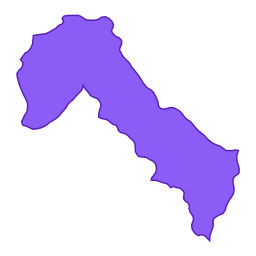 Jenipapo de Minas, Minas Gerais, Brazil
{"feature_id": "56859067B49665349666776", "entity_name": "Jenipapo de Minas", "entity_type": "district", "adm_level": 2, "iso_a3": "BRA", "parent_name": "Brazil", "parent_adm1": "Minas Gerais", "projection": "albers", "projection_center": [-42.212, -17.187], "detail": "fine", "context": "isolated", "style": "filled", "palette": "violet", "viewbox_px": 256, "rotation_deg": 0, "n_neighbors": 0, "source": "geoboundaries", "source_scale": "gbopen_adm2", "svg_char_len": 2817}
<svg xmlns="http://www.w3.org/2000/svg" viewBox="0 0 256 256"><path d="M109.1,18.6L105.4,16.7L101.4,17.3L97.9,19.6L94.1,20.3L90.6,20.3L86.0,19.8L83.0,17.9L81.0,16.5L78.5,15.4L74.2,15.4L70.6,15.4L66.9,15.5L63.9,16.2L62.2,18.5L63.5,21.8L62.2,24.0L59.4,25.0L57.3,26.8L55.3,28.7L52.4,30.1L49.1,32.2L45.8,33.8L42.9,34.1L39.9,34.5L36.1,35.0L33.4,35.6L33.0,39.4L32.5,44.2L30.8,48.1L28.3,51.3L25.0,53.2L22.4,56.9L20.4,59.5L22.7,62.2L22.8,65.3L21.1,68.4L18.8,70.6L16.9,73.6L17.3,77.1L18.2,80.2L19.0,83.6L20.5,87.4L22.4,91.9L23.9,95.3L25.4,98.1L26.4,100.4L27.6,103.4L27.6,106.2L27.3,110.5L26.3,112.9L24.6,115.3L23.1,118.6L21.6,121.7L22.9,125.2L26.7,126.3L30.2,128.0L33.0,129.2L37.2,128.8L41.0,127.8L44.5,126.2L47.6,124.3L49.8,122.2L53.1,120.4L56.3,118.3L59.1,115.9L61.5,112.8L63.7,110.5L66.1,107.6L67.4,105.0L69.5,102.5L73.0,99.7L75.8,96.2L78.3,93.7L80.7,91.3L82.3,88.8L83.2,85.5L85.2,88.7L88.3,92.3L90.4,95.5L93.5,97.2L97.2,98.5L99.9,101.3L100.8,104.1L100.8,106.8L99.6,110.1L98.8,113.8L98.7,117.2L102.0,118.6L106.0,119.3L108.7,120.7L110.8,122.7L113.1,124.4L115.9,125.1L117.4,127.4L118.5,130.6L120.4,132.4L123.3,133.1L126.4,134.2L128.2,135.9L129.9,137.8L132.0,139.5L134.1,141.9L135.1,144.7L135.3,148.1L135.4,151.5L136.8,154.3L138.6,156.3L141.1,156.9L146.2,157.3L149.4,159.4L152.7,160.9L155.4,163.4L156.3,166.8L156.4,170.2L155.4,172.9L153.6,175.5L151.8,177.7L151.2,180.1L154.9,180.3L157.6,180.8L160.5,181.9L164.2,183.0L167.1,183.8L168.9,185.4L170.7,187.6L173.6,186.5L177.1,187.7L180.4,188.3L182.5,190.2L184.3,192.7L183.8,195.8L183.6,198.9L185.7,201.4L188.5,203.3L189.4,205.7L189.0,208.5L190.0,211.9L192.0,214.7L193.3,217.1L193.4,220.2L191.7,224.8L192.0,228.5L193.4,231.2L195.2,233.5L198.2,235.6L201.7,234.5L205.1,236.0L207.6,238.5L209.6,240.6L209.8,236.9L210.7,233.0L212.1,229.4L213.4,225.4L212.9,221.1L214.0,218.4L216.7,216.4L219.7,214.8L223.1,213.3L225.3,209.9L226.1,206.5L227.4,203.7L228.9,200.7L231.3,197.2L233.3,193.8L234.0,190.8L233.9,187.3L233.1,183.5L233.0,181.0L233.3,178.3L235.1,176.0L237.3,174.6L239.0,172.8L239.1,168.3L238.0,164.5L236.8,160.3L236.8,155.1L238.4,150.5L235.2,150.0L232.1,150.6L226.0,150.6L223.0,148.2L220.1,146.2L217.4,145.2L214.5,144.1L211.7,142.5L208.7,140.1L206.3,137.8L204.5,135.6L201.7,133.4L197.9,130.3L194.9,127.0L192.8,124.3L190.4,121.5L187.4,119.7L185.1,117.8L183.0,114.9L180.9,112.3L178.7,110.5L176.0,108.9L173.0,107.6L170.1,107.6L166.2,108.7L163.0,109.2L160.5,108.4L158.5,106.1L157.9,101.8L156.3,97.7L154.6,94.4L152.8,91.5L150.1,89.5L147.3,87.8L145.3,85.7L142.8,82.4L140.8,79.0L138.8,75.9L137.2,73.8L135.5,71.7L133.6,69.3L131.4,66.7L130.0,63.9L128.1,61.6L125.5,59.2L123.3,56.7L121.6,54.1L119.5,49.8L120.3,46.7L121.6,44.1L121.6,40.4L118.7,37.5L115.7,36.3L113.9,34.6L112.3,32.8L111.4,30.5L112.8,27.8L113.5,25.1L112.2,21.8L109.1,18.6Z" fill="#8b5cf6" stroke="#5b21b6" stroke-width="1.5"/></svg>